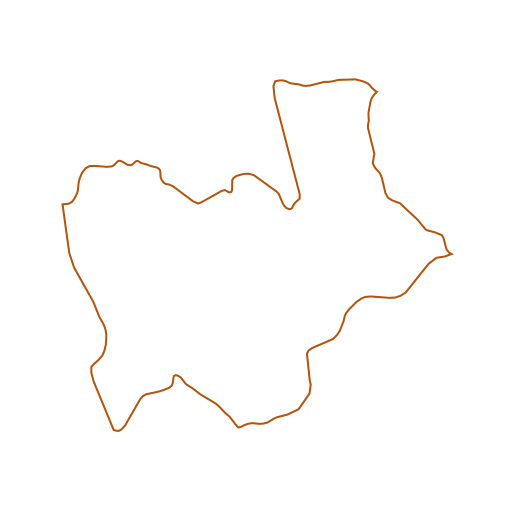 an SVG outline of Kémo, rotated 255°
{"feature_id": "CAF-808", "entity_name": "Kémo", "entity_type": "Prefecture", "adm_level": 1, "iso_a3": "CAF", "parent_name": "Central African Republic", "parent_adm1": "", "projection": "orthographic", "projection_center": [19.388, 5.737], "detail": "fine", "context": "isolated", "style": "outline", "palette": "amber", "viewbox_px": 512, "rotation_deg": 255, "n_neighbors": 0, "source": "natural_earth", "source_scale": "10m", "svg_char_len": 2620}
<svg xmlns="http://www.w3.org/2000/svg" viewBox="0 0 512 512"><g transform="rotate(255 256 256)"><path d="M383.2,415.1L381.3,411.9L378.6,408.7L375.3,406.4L364.7,401.5L357.6,400.0L352.9,397.8L350.7,397.3L324.1,396.8L315.5,392.8L310.7,393.7L303.4,397.3L298.6,397.8L283.3,397.3L278.1,398.6L274.6,401.8L269.7,408.7L248.8,421.7L237.8,426.7L236.1,428.7L232.6,434.9L228.1,440.9L224.3,441.8L213.5,441.7L209.5,443.2L207.3,445.3L207.3,445.2L206.6,438.3L207.5,430.5L207.4,429.4L203.8,420.7L182.0,391.1L180.2,385.5L179.8,379.9L181.0,374.2L187.2,356.4L188.2,350.9L187.6,346.6L185.6,341.2L180.6,332.4L177.7,328.4L175.3,326.4L170.2,323.6L162.1,317.6L158.5,313.5L155.9,308.8L152.5,285.9L150.8,282.0L148.3,279.9L121.8,275.7L117.8,275.6L109.3,272.1L97.0,257.5L94.7,245.2L94.8,234.3L94.1,230.3L92.2,224.3L92.2,219.9L93.1,215.5L95.6,208.9L96.0,204.8L95.7,201.2L94.8,197.0L94.9,195.1L95.4,194.0L107.7,188.9L112.3,185.7L119.7,181.7L123.8,179.0L136.6,166.6L144.7,160.4L149.2,156.2L150.8,155.0L158.0,152.0L160.9,149.3L161.7,147.2L161.2,145.6L159.4,144.6L154.4,142.5L152.4,140.8L151.2,137.8L150.6,133.4L150.2,127.1L150.9,113.9L149.9,110.5L147.6,107.0L126.3,85.8L123.4,81.2L122.6,78.6L122.9,77.0L123.2,76.3L124.7,73.5L177.1,66.7L185.8,66.7L191.4,68.2L193.5,71.2L196.2,76.7L199.6,81.8L203.7,85.0L209.2,88.0L218.0,90.9L223.7,91.6L228.3,91.3L238.1,88.9L253.9,87.0L291.9,77.3L307.2,76.4L356.0,82.5L355.0,88.3L355.2,89.7L355.8,91.8L356.9,93.6L358.6,95.6L360.7,97.6L363.1,99.5L365.4,100.9L372.9,103.7L376.3,105.6L381.4,109.5L384.9,114.4L385.9,118.5L384.8,123.4L380.8,134.7L379.9,139.6L380.5,142.4L383.3,147.0L383.3,149.0L381.9,151.1L377.4,155.4L376.2,158.2L376.4,160.2L378.6,164.7L378.5,166.1L377.6,167.3L376.4,168.3L375.2,169.7L373.3,173.2L370.2,177.6L367.0,183.3L365.7,184.6L364.2,185.4L362.1,185.4L358.1,184.5L356.5,184.3L355.2,184.4L353.7,184.7L352.3,185.2L351.0,185.8L350.0,186.4L349.3,187.1L348.7,188.0L347.6,190.4L344.8,193.9L325.1,209.4L321.7,213.7L321.9,216.8L327.4,238.2L327.8,241.1L327.7,242.6L327.4,243.4L324.6,246.2L324.2,247.6L324.3,248.7L325.0,249.4L326.1,250.0L335.6,252.8L337.3,254.7L338.4,258.0L338.5,265.4L337.3,270.3L334.7,274.8L313.0,292.5L310.0,294.1L299.2,295.6L296.8,296.4L294.5,297.7L292.6,300.3L292.5,302.1L293.3,303.6L294.9,304.8L296.4,306.4L297.7,308.2L300.1,313.0L304.4,314.2L403.7,314.9L415.6,316.8L419.8,319.8L419.6,323.4L418.9,326.6L418.0,328.8L416.9,330.4L414.8,332.8L413.6,334.7L410.7,341.8L408.5,345.2L407.5,347.9L406.7,352.2L406.5,367.2L405.4,371.3L405.0,374.6L404.7,381.6L400.8,398.0L396.7,405.1L393.7,408.7L390.5,410.6L388.4,411.5L383.3,414.9L383.2,415.1Z" fill="none" stroke="#b45309" stroke-width="2"/></g></svg>